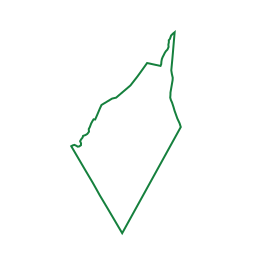 the district of Coivaras, Piauí, Brazil, rotated 193°
{"feature_id": "56859067B16410045204103", "entity_name": "Coivaras", "entity_type": "district", "adm_level": 2, "iso_a3": "BRA", "parent_name": "Brazil", "parent_adm1": "Piauí", "projection": "equal_earth", "projection_center": [-42.266, -5.118], "detail": "fine", "context": "isolated", "style": "outline", "palette": "green", "viewbox_px": 256, "rotation_deg": 193, "n_neighbors": 0, "source": "geoboundaries", "source_scale": "gbopen_adm2", "svg_char_len": 989}
<svg xmlns="http://www.w3.org/2000/svg" viewBox="0 0 256 256"><g transform="rotate(193 128 128)"><path d="M163.5,128.7L164.1,127.0L164.9,124.2L165.4,120.4L166.0,118.1L165.2,115.6L166.3,113.1L167.8,111.6L170.0,110.2L170.1,108.5L171.1,106.4L171.7,104.4L170.3,102.5L170.0,100.6L171.5,99.0L172.9,98.5L174.1,99.0L176.4,99.5L178.0,98.6L179.2,97.5L160.5,77.7L150.1,66.8L143.9,60.0L140.3,56.0L130.4,45.7L110.0,24.2L92.7,84.9L76.8,140.8L78.8,144.2L82.1,148.4L84.9,152.8L86.4,155.1L88.4,158.7L90.8,162.7L92.5,164.9L93.7,167.1L94.1,169.8L94.6,172.1L95.3,184.6L95.7,187.0L97.4,190.5L98.8,193.9L100.4,205.9L104.1,231.8L105.4,230.1L106.8,227.8L107.2,224.2L108.0,222.7L107.5,220.8L107.4,218.2L106.7,216.1L107.2,213.3L108.4,211.3L109.1,209.3L109.6,207.1L110.2,204.8L110.5,202.8L110.4,200.3L110.0,197.6L110.3,195.8L124.0,195.6L128.4,185.0L130.4,180.3L135.2,170.0L146.4,154.9L150.1,153.1L159.0,144.5L159.8,140.6L161.0,133.7L161.9,128.9L163.5,128.7Z" fill="none" stroke="#15803d" stroke-width="2"/></g></svg>